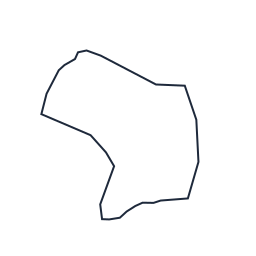 an SVG outline of Benedikt, rotated 152°
{"feature_id": "SVN-199", "entity_name": "Benedikt", "entity_type": "Municipality", "adm_level": 1, "iso_a3": "SVN", "parent_name": "Slovenia", "parent_adm1": "", "projection": "albers", "projection_center": [15.906, 46.615], "detail": "fine", "context": "isolated", "style": "outline", "palette": "slate", "viewbox_px": 256, "rotation_deg": 152, "n_neighbors": 0, "source": "natural_earth", "source_scale": "10m", "svg_char_len": 463}
<svg xmlns="http://www.w3.org/2000/svg" viewBox="0 0 256 256"><g transform="rotate(152 128 128)"><path d="M136.6,218.3L128.2,215.9L118.1,204.7L82.9,153.3L58.0,138.7L63.8,103.2L81.7,65.0L108.2,37.7L133.2,48.6L140.6,49.9L150.2,55.2L158.2,55.7L168.4,54.9L177.3,52.6L187.5,56.1L193.7,59.7L188.4,73.6L158.2,100.8L158.9,116.8L164.4,139.2L198.0,180.9L183.8,196.5L162.0,211.5L154.6,213.4L142.4,213.8L136.6,218.3Z" fill="none" stroke="#1e293b" stroke-width="2"/></g></svg>